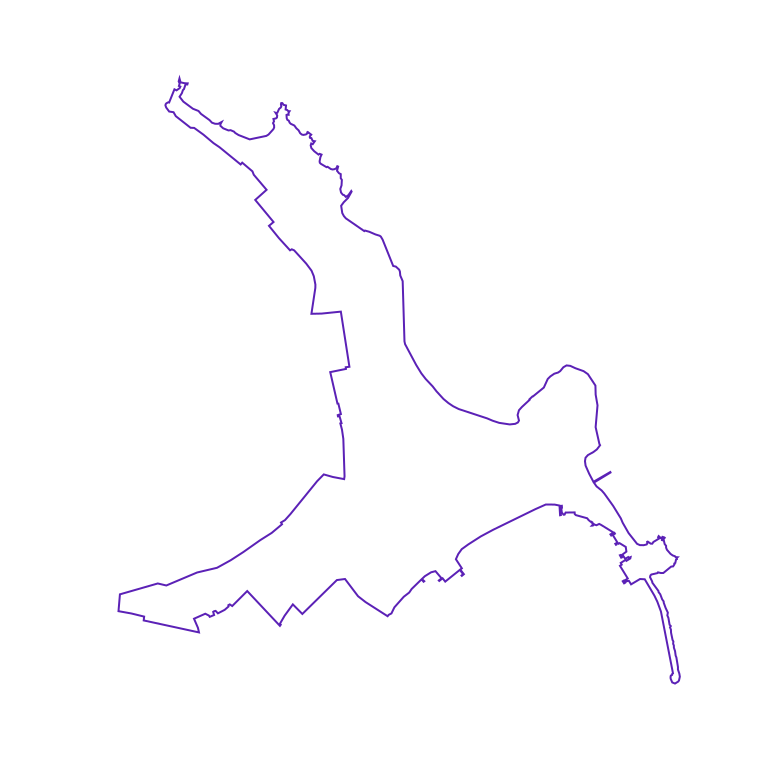 Al Gumruk, Al Iskandariyah, Egypt, rotated 86°
{"feature_id": "37247803B59433804182787", "entity_name": "Al Gumruk", "entity_type": "district", "adm_level": 2, "iso_a3": "EGY", "parent_name": "Egypt", "parent_adm1": "Al Iskandariyah", "projection": "orthographic", "projection_center": [29.884, 31.203], "detail": "fine", "context": "isolated", "style": "outline", "palette": "violet", "viewbox_px": 768, "rotation_deg": 86, "n_neighbors": 0, "source": "geoboundaries", "source_scale": "gbopen_adm2", "svg_char_len": 6131}
<svg xmlns="http://www.w3.org/2000/svg" viewBox="0 0 768 768"><g transform="rotate(86 384 384)"><path d="M618.9,585.9L614.3,586.6L604.9,589.9L600.7,578.3L602.8,574.8L604.1,574.1L602.6,569.6L599.4,570.3L598.8,569.3L598.6,567.8L601.2,565.7L598.2,558.7L595.1,554.6L593.8,554.7L593.1,553.2L594.9,550.9L581.0,534.9L618.0,504.7L616.9,503.8L616.0,504.6L608.2,499.3L597.5,490.3L607.7,481.5L576.3,444.7L575.8,436.5L593.9,424.7L600.2,417.7L615.9,396.6L614.6,395.4L613.4,392.6L607.5,389.2L597.6,379.1L593.8,373.4L590.4,370.7L581.5,360.2L584.0,358.3L583.5,357.6L581.2,359.8L578.6,356.7L575.1,350.1L574.3,345.7L581.9,340.1L583.8,343.0L584.3,342.6L581.9,339.1L585.4,336.7L574.7,321.3L579.3,318.3L580.4,320.0L580.8,319.7L579.3,317.6L574.4,320.9L573.3,319.2L563.8,324.5L558.8,321.8L554.2,318.0L549.9,311.1L542.8,298.1L537.0,285.2L519.4,241.7L515.5,231.0L516.2,222.2L517.5,217.4L527.2,217.5L527.1,216.7L518.0,216.6L517.9,215.1L519.9,215.1L520.1,215.8L524.6,215.6L526.9,214.0L526.9,213.0L524.9,211.8L525.4,202.8L527.1,202.8L528.2,201.7L532.1,190.7L534.0,189.4L535.9,187.4L535.8,186.7L536.5,185.9L537.0,186.2L538.1,184.8L539.8,186.5L539.8,185.5L538.8,184.2L539.7,181.9L538.6,179.1L539.6,177.4L548.2,165.4L549.8,168.6L551.0,167.9L550.6,167.2L550.1,167.5L548.6,164.5L549.4,164.1L550.6,166.3L558.4,162.2L559.5,164.4L560.6,163.8L560.4,163.4L559.6,163.7L558.8,161.9L559.7,161.3L559.2,160.1L563.4,154.2L568.1,153.9L571.8,159.6L571.1,159.9L571.3,160.6L573.8,159.5L573.6,158.9L572.6,159.4L571.7,157.6L575.2,155.6L573.7,152.5L574.5,152.1L573.9,150.1L575.2,150.5L577.3,154.5L576.2,155.1L579.0,160.3L580.8,159.5L581.8,161.3L595.0,154.4L597.2,158.2L596.8,158.4L597.4,159.6L599.6,158.4L599.1,157.4L598.7,157.5L597.5,155.1L597.5,153.4L601.1,151.5L596.4,142.2L597.0,137.5L597.8,137.1L614.0,129.0L620.3,126.5L630.3,123.6L692.8,115.9L693.3,116.7L694.3,116.9L694.9,118.2L696.3,118.6L698.0,118.6L701.8,117.3L703.1,114.6L701.4,111.3L700.3,110.4L696.6,109.3L693.5,109.6L689.3,110.7L686.9,110.5L677.2,111.4L675.3,112.0L670.7,112.3L667.3,113.2L665.0,113.1L663.4,113.7L661.0,113.3L659.5,114.0L652.1,115.0L649.1,114.9L646.7,115.7L645.5,114.8L644.1,115.9L637.2,116.6L634.6,117.5L631.9,116.8L627.0,118.7L621.7,120.2L620.4,120.2L618.3,121.5L613.0,123.1L610.8,124.6L609.6,124.7L600.9,130.2L599.9,130.2L595.2,132.1L593.6,131.6L592.7,130.6L591.7,124.3L591.0,123.8L591.9,120.9L592.0,118.5L586.2,110.3L586.1,108.3L584.1,106.8L583.3,106.9L582.8,105.9L579.4,104.9L579.1,104.0L577.9,104.1L577.3,103.3L577.0,105.2L576.1,105.8L575.2,107.9L573.5,110.0L569.1,113.3L567.0,114.0L565.1,113.9L563.2,115.2L558.6,115.9L559.4,116.7L559.1,117.6L557.3,117.2L557.4,115.1L557.0,114.7L556.6,115.1L555.9,116.9L557.0,117.6L557.2,118.4L554.9,120.6L556.0,121.3L557.4,120.5L560.4,126.3L562.0,127.5L561.9,129.0L559.6,131.9L559.8,132.5L561.5,132.5L562.4,133.2L562.9,136.2L562.6,139.9L561.1,142.7L549.8,150.4L539.0,155.6L534.6,157.1L521.6,163.9L508.6,171.9L505.4,174.3L501.0,179.1L497.0,181.5L488.1,164.2L487.6,164.4L496.2,181.9L487.8,185.6L479.5,188.6L475.0,188.9L471.6,188.1L469.1,185.5L466.5,179.9L464.1,176.2L460.1,172.7L458.9,173.3L441.8,175.9L420.2,172.5L409.4,173.6L400.3,173.2L388.4,179.9L385.1,184.0L381.6,192.0L378.9,196.9L378.2,200.6L379.8,203.9L383.4,207.3L384.7,209.5L385.6,213.4L388.0,217.5L390.4,220.3L398.7,224.8L406.8,236.3L406.7,236.7L409.4,240.0L409.9,239.8L416.6,248.1L419.6,251.2L424.3,252.9L429.9,251.9L431.7,253.1L432.9,255.9L433.1,261.4L430.8,271.8L428.2,278.2L425.5,283.5L414.2,311.2L411.0,316.6L407.5,321.1L403.1,325.7L394.9,332.2L389.8,335.6L382.0,342.0L376.0,346.0L367.2,350.6L345.7,360.2L342.9,360.6L282.7,358.2L276.9,360.2L272.9,360.3L271.0,360.9L267.7,364.0L266.9,366.6L239.9,375.3L236.7,376.9L235.8,378.0L234.2,382.1L231.1,388.1L229.6,392.3L230.1,393.0L216.1,410.5L213.7,412.3L210.6,413.7L203.2,414.3L199.9,411.5L195.9,406.9L189.8,402.9L189.2,403.2L193.1,406.3L194.7,409.0L192.8,410.6L192.3,411.9L190.0,413.5L186.4,414.0L182.9,412.5L177.4,411.8L175.7,412.8L171.6,412.5L170.6,414.2L168.0,416.0L163.9,414.6L163.5,415.4L165.6,416.6L166.3,418.7L166.4,420.4L165.8,422.1L163.4,425.1L163.7,426.2L159.9,431.7L158.8,432.6L157.3,432.7L153.2,431.6L150.8,430.3L149.9,432.2L150.6,433.3L146.9,437.4L143.6,440.0L140.8,440.5L139.0,439.8L139.8,438.4L137.0,436.1L136.5,438.2L133.6,439.3L133.4,440.5L132.9,440.8L131.7,440.7L130.2,439.2L127.3,442.5L127.6,443.0L128.6,442.9L129.6,444.5L129.9,447.1L129.4,448.6L128.0,450.1L125.0,451.5L122.8,453.6L119.9,455.4L117.9,458.9L116.7,459.9L114.7,460.6L113.7,462.0L112.1,462.5L108.8,462.5L108.5,461.7L108.8,460.4L106.8,460.3L105.3,459.2L105.1,460.5L104.0,461.4L103.3,463.0L99.3,462.3L98.5,464.8L96.7,465.8L96.6,466.9L97.6,467.3L100.0,467.1L101.0,467.7L102.3,469.5L106.0,471.5L106.3,472.0L105.8,473.3L108.6,471.8L110.7,472.2L111.5,473.3L111.9,475.8L114.3,475.4L116.0,476.5L118.2,475.6L120.5,475.7L122.1,476.6L127.1,481.8L128.3,484.1L130.6,500.9L125.5,511.7L123.2,514.9L121.8,516.0L120.1,519.3L120.2,521.5L117.7,526.6L115.0,529.2L113.5,529.1L111.3,527.7L112.9,531.3L112.6,534.4L111.3,537.4L108.6,539.6L101.8,547.7L98.7,550.0L96.1,555.4L88.3,564.5L83.2,567.9L79.7,565.3L76.8,564.1L75.9,563.0L71.8,561.3L71.3,560.6L71.5,559.3L70.4,558.9L70.1,561.7L68.9,565.9L64.9,566.7L67.8,567.7L70.1,566.9L72.4,567.8L73.1,566.4L74.6,567.2L76.6,570.5L75.4,572.5L88.2,578.7L87.9,579.5L88.8,581.5L89.7,582.3L90.8,582.6L93.0,582.0L97.2,579.3L98.2,575.0L102.3,573.0L111.8,562.5L114.9,559.1L115.3,555.5L122.6,546.8L131.8,537.3L136.3,531.6L155.0,511.7L153.3,510.0L162.7,500.4L166.2,499.3L182.1,487.6L191.4,499.6L214.7,482.9L218.2,487.7L231.2,478.6L244.1,468.4L243.2,466.6L244.4,464.3L258.6,453.1L265.9,448.4L271.6,446.5L280.1,445.5L283.4,445.8L308.9,451.5L309.4,441.4L308.8,422.0L364.4,417.3L364.6,421.0L366.3,420.9L368.4,436.8L400.3,431.8L400.4,430.9L411.0,429.1L411.8,432.3L413.1,432.2L413.2,430.6L420.1,429.1L420.3,430.3L426.6,429.1L435.9,428.4L473.4,429.8L476.1,430.4L473.2,441.5L470.0,450.4L476.3,457.5L507.2,486.4L512.9,492.3L515.0,496.4L516.8,495.5L524.7,506.4L531.1,518.3L541.8,536.0L549.1,549.2L555.7,563.4L559.0,583.6L569.8,615.2L567.2,623.6L575.4,662.1L592.1,664.7L595.3,652.0L599.3,639.5L603.1,640.2L618.9,585.9Z" fill="none" stroke="#5b21b6" stroke-width="2"/></g></svg>